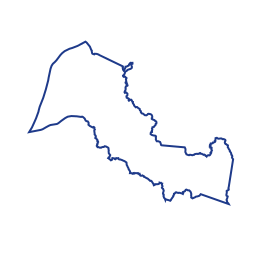 Ponta de Pedras, Pará, Brazil, rotated 170°
{"feature_id": "56859067B9412259254898", "entity_name": "Ponta de Pedras", "entity_type": "district", "adm_level": 2, "iso_a3": "BRA", "parent_name": "Brazil", "parent_adm1": "Pará", "projection": "albers", "projection_center": [-49.151, -1.11], "detail": "fine", "context": "isolated", "style": "outline", "palette": "blue", "viewbox_px": 256, "rotation_deg": 170, "n_neighbors": 0, "source": "geoboundaries", "source_scale": "gbopen_adm2", "svg_char_len": 5779}
<svg xmlns="http://www.w3.org/2000/svg" viewBox="0 0 256 256"><g transform="rotate(170 128 128)"><path d="M177.0,214.7L179.9,213.1L182.0,211.5L186.7,207.1L188.7,205.6L190.8,204.3L192.4,202.6L194.0,199.8L197.4,191.4L198.3,188.8L202.1,180.5L206.2,172.5L211.3,164.2L212.8,161.0L213.4,159.5L216.8,153.6L219.6,149.4L222.5,145.2L226.1,141.1L214.2,141.3L212.3,141.6L208.5,143.0L205.5,144.0L203.8,144.4L197.3,144.3L195.8,144.8L192.3,146.7L188.1,148.7L185.4,149.6L181.7,149.6L176.4,148.4L172.1,147.0L171.3,147.2L170.3,146.5L169.0,144.8L168.5,142.8L167.8,142.0L166.5,141.5L165.9,140.2L166.1,138.8L166.4,138.1L165.2,136.6L162.7,134.7L161.6,135.0L161.0,134.3L161.3,133.7L161.3,133.0L160.9,132.4L161.7,131.2L161.8,128.3L162.0,127.4L161.2,126.1L161.2,125.0L161.7,124.5L161.9,123.7L160.9,123.1L160.8,122.3L160.2,121.5L160.5,120.5L159.9,120.1L159.8,119.4L160.4,118.9L160.6,117.7L161.3,117.4L161.3,116.4L161.9,115.8L161.3,114.4L160.5,114.4L159.9,113.9L158.9,113.4L158.3,113.5L157.7,113.3L157.1,113.6L155.9,113.7L155.2,113.5L154.1,114.1L152.7,113.5L150.9,112.0L150.7,111.5L150.9,110.2L150.8,109.3L151.1,108.7L151.3,106.4L150.2,104.4L150.5,103.8L151.0,103.4L151.3,102.6L152.2,102.4L152.7,101.8L152.1,101.5L151.9,100.8L150.9,99.9L150.6,99.2L150.0,99.2L149.3,99.5L148.6,101.1L146.7,100.4L146.5,99.8L145.9,99.4L145.2,99.8L144.8,100.4L144.2,100.1L142.8,100.0L142.8,99.3L142.4,98.8L141.8,98.5L141.1,98.4L139.0,97.2L138.3,96.6L137.7,96.3L137.0,95.8L135.5,94.3L135.7,91.9L135.4,91.2L135.0,89.5L134.5,88.1L134.5,87.1L133.8,85.8L133.5,84.3L133.9,83.2L132.6,83.0L131.6,82.2L130.8,82.7L130.0,82.7L129.9,82.0L128.5,82.3L126.9,81.9L126.1,81.9L126.0,81.3L124.7,81.0L124.9,80.4L124.3,80.1L124.3,79.4L124.0,78.9L122.7,78.6L122.0,78.8L121.4,78.2L120.8,77.9L120.8,77.2L119.5,76.4L118.4,75.3L117.8,75.1L116.9,74.2L116.6,73.6L116.1,73.2L115.3,72.0L114.6,72.1L114.0,71.6L112.9,68.9L112.4,68.4L112.6,67.7L112.5,67.1L111.5,67.3L111.0,67.8L110.2,67.9L109.5,67.6L108.0,67.5L107.2,67.7L106.6,68.0L106.4,68.7L105.8,68.3L105.0,68.3L104.6,67.5L104.0,67.3L104.5,66.1L104.1,64.7L105.0,63.3L104.5,62.4L104.0,62.0L103.7,60.0L104.9,57.7L104.9,56.9L104.4,56.4L104.5,55.5L104.9,54.9L104.7,54.1L104.7,53.4L104.5,52.8L104.0,52.2L103.7,50.6L103.3,51.4L102.5,50.8L99.7,49.5L99.1,49.0L98.4,49.4L98.1,50.0L95.2,52.9L95.1,53.6L94.1,54.5L94.1,55.3L92.7,55.8L92.3,56.3L91.6,56.3L90.9,55.8L89.7,55.3L89.1,55.4L88.4,55.2L86.1,54.1L85.4,53.5L84.9,54.3L85.2,54.8L85.1,55.4L83.6,55.7L82.9,55.9L81.9,57.1L81.2,57.2L80.6,56.8L80.0,56.3L78.5,55.9L77.6,54.6L77.3,53.7L77.1,51.9L77.5,51.0L77.5,49.4L77.8,48.6L76.7,47.5L73.8,48.2L73.1,48.6L71.2,48.6L69.4,48.9L67.9,50.2L42.0,35.6L42.2,36.2L42.7,36.9L43.4,37.4L43.1,38.8L43.4,39.6L43.3,40.5L42.7,41.2L41.7,43.3L42.7,44.2L42.8,44.9L42.0,47.0L41.8,47.9L41.8,48.8L41.0,49.3L40.4,49.3L39.5,49.8L39.4,50.6L39.6,51.2L39.0,52.5L29.9,79.0L30.5,80.1L30.7,81.2L30.2,82.0L30.3,83.0L30.9,83.7L30.8,85.1L31.0,86.0L31.8,87.3L31.6,88.0L31.8,88.6L32.4,89.8L32.5,90.5L33.1,91.7L32.6,93.5L33.6,94.3L34.0,95.0L34.6,95.2L35.0,95.8L35.2,96.7L35.0,97.5L34.2,98.6L34.3,99.5L35.7,100.5L36.4,100.4L37.1,100.8L37.5,101.3L38.2,101.6L40.5,101.7L41.2,101.9L42.2,102.9L42.8,102.7L43.5,102.8L43.9,101.5L44.1,100.4L44.7,100.2L44.5,99.5L44.9,99.1L46.1,98.9L46.8,99.0L47.2,98.3L48.0,98.2L49.1,98.4L49.2,97.8L49.9,97.6L50.3,97.0L50.6,95.8L49.8,95.9L49.9,95.3L50.3,94.4L49.1,94.0L49.2,93.4L49.6,92.8L49.6,92.1L49.2,91.5L50.0,90.3L51.0,89.3L50.5,88.9L51.8,87.3L52.5,86.9L53.2,87.0L53.7,87.3L55.1,86.8L55.5,86.3L55.8,86.8L56.4,87.0L56.5,87.7L57.0,88.2L57.6,88.6L58.1,88.4L58.7,88.9L59.3,89.2L59.8,89.8L61.0,90.1L61.3,90.8L62.0,90.8L62.5,90.3L63.8,90.3L64.3,90.6L65.7,90.7L67.0,90.6L67.6,90.1L68.4,90.2L69.0,90.0L69.6,90.1L71.0,90.7L71.8,90.9L72.4,90.6L73.2,90.8L75.0,91.9L75.7,94.4L75.1,96.8L75.1,97.7L75.5,99.1L97.8,105.1L98.4,105.6L98.5,107.1L98.8,108.6L100.5,109.7L101.9,109.9L102.2,110.5L102.6,111.9L102.2,113.3L102.3,114.0L101.9,114.6L102.0,115.2L102.5,115.7L104.4,116.3L105.9,117.1L106.8,118.1L106.4,119.4L105.9,119.7L105.6,120.3L105.0,120.1L104.8,121.5L104.4,122.0L104.3,122.6L104.5,123.3L104.0,123.9L103.8,124.5L102.9,124.5L102.1,124.7L101.6,125.4L100.5,126.0L100.0,127.3L99.3,127.5L99.1,128.1L99.0,128.8L99.1,129.5L100.3,130.5L100.5,131.1L102.5,132.3L103.0,132.8L102.9,133.6L102.4,133.9L102.1,135.3L102.4,136.7L103.3,137.7L104.5,138.1L105.0,138.4L105.9,138.4L106.5,137.8L107.7,137.3L108.5,137.5L109.2,137.7L110.6,139.4L111.3,139.8L111.9,140.0L112.6,141.3L112.4,142.2L112.7,142.8L113.2,143.4L113.2,144.8L113.8,145.3L114.3,145.6L115.3,147.0L116.0,147.2L116.7,147.0L117.8,148.5L118.1,149.2L118.1,150.0L118.9,151.5L118.6,152.8L119.2,153.1L119.5,154.6L119.9,155.3L120.6,155.4L122.3,154.7L122.6,155.3L122.4,156.0L122.0,156.5L122.6,157.2L124.0,158.0L124.1,158.9L124.0,159.6L123.3,159.9L122.9,160.4L122.6,161.9L123.6,163.3L124.3,163.3L124.9,163.1L125.2,163.7L124.9,164.6L123.9,165.8L123.6,166.5L123.6,167.2L123.3,167.7L123.4,168.5L122.8,169.3L122.2,169.8L121.3,169.7L121.0,170.2L121.5,170.8L121.9,171.5L121.3,172.2L121.7,172.8L122.3,172.5L122.6,173.0L122.3,173.6L121.6,173.9L121.6,176.4L121.0,176.9L120.8,177.5L121.4,178.1L121.9,179.0L122.7,179.5L123.2,179.1L123.8,179.7L123.8,180.5L123.1,180.8L121.9,182.0L120.9,184.0L119.3,184.5L118.7,185.1L117.9,185.4L115.2,185.8L114.3,186.2L113.8,186.6L113.5,187.6L113.9,189.6L113.5,190.1L112.4,190.5L112.3,191.4L113.3,191.5L114.1,191.8L114.7,191.5L116.0,190.3L116.3,189.5L116.9,189.2L117.6,189.2L118.1,188.9L119.0,188.7L119.8,188.8L120.0,188.1L121.0,186.6L122.3,185.3L122.8,186.4L122.7,187.1L122.8,187.7L122.8,188.3L122.3,188.8L122.4,189.6L143.7,204.9L144.1,205.4L145.9,206.4L148.0,206.9L148.5,206.4L149.8,207.1L150.3,207.6L150.4,209.8L150.2,210.6L150.6,211.1L151.4,214.8L153.9,219.3L154.9,220.4L163.4,217.6L169.0,216.5L171.8,216.2L177.0,214.7Z" fill="none" stroke="#1e3a8a" stroke-width="2"/></g></svg>